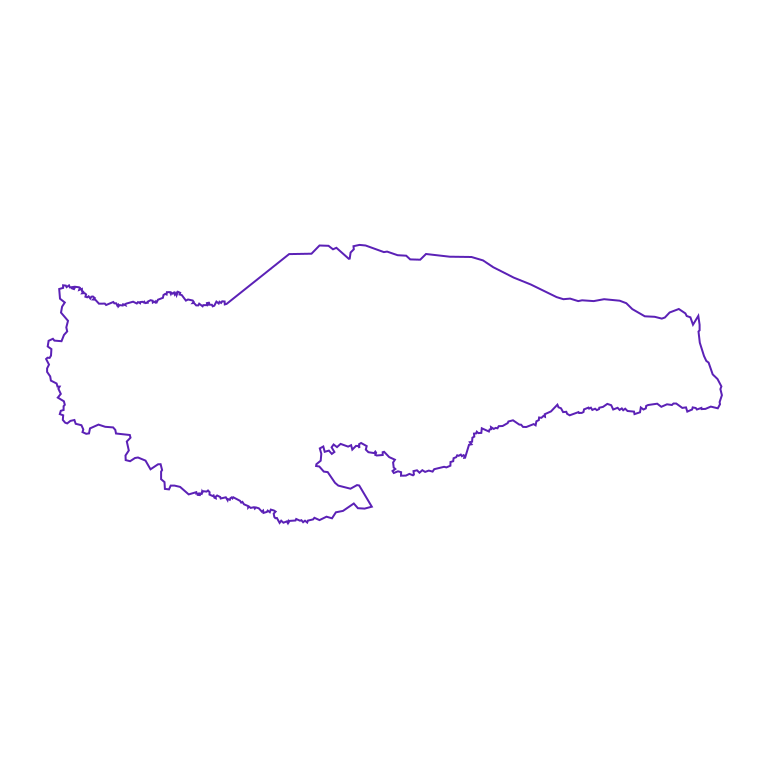 Mporokoso, Northern, Zambia (orthographic projection)
{"feature_id": "96606910B5671768599011", "entity_name": "Mporokoso", "entity_type": "district", "adm_level": 2, "iso_a3": "ZMB", "parent_name": "Zambia", "parent_adm1": "Northern", "projection": "orthographic", "projection_center": [29.924, -9.464], "detail": "fine", "context": "isolated", "style": "outline", "palette": "violet", "viewbox_px": 768, "rotation_deg": 0, "n_neighbors": 0, "source": "geoboundaries", "source_scale": "gbopen_adm2", "svg_char_len": 6047}
<svg xmlns="http://www.w3.org/2000/svg" viewBox="0 0 768 768"><path d="M59.2,289.0L60.0,298.7L64.8,302.5L62.1,306.6L61.0,312.6L68.0,320.8L66.3,327.4L67.2,331.4L64.0,334.9L61.5,341.2L54.4,340.6L52.9,338.8L48.6,340.8L47.7,346.5L51.4,349.1L51.0,355.6L49.6,357.9L47.5,357.7L46.1,359.0L49.0,364.6L47.1,368.4L47.1,371.9L50.2,376.4L50.9,380.6L56.6,383.5L57.5,386.6L59.6,386.6L58.4,388.8L60.8,393.9L57.8,397.6L63.9,401.3L64.8,404.8L63.6,406.2L63.6,410.0L60.8,410.8L59.8,414.1L63.2,415.3L62.8,419.9L65.2,422.7L67.2,423.4L70.4,420.9L74.4,420.0L75.7,423.8L81.4,425.2L83.3,429.4L82.5,432.1L86.2,433.8L89.0,433.4L90.0,428.4L98.5,424.6L105.2,426.8L113.1,427.4L115.3,429.9L116.0,433.5L129.8,435.0L130.5,437.7L126.8,441.5L128.8,450.5L125.5,455.5L125.7,460.1L130.1,461.2L135.0,458.0L138.0,457.5L145.5,460.6L150.5,469.3L158.0,464.3L160.6,464.2L162.1,470.1L161.1,471.6L161.1,479.2L164.5,482.1L164.9,488.9L169.0,489.4L170.7,485.6L174.5,485.6L180.1,486.9L188.7,494.4L196.2,492.2L196.3,493.7L198.6,493.5L198.0,494.9L199.9,495.1L200.6,493.6L201.6,493.9L202.1,491.5L202.5,492.3L203.1,491.2L206.6,491.6L208.0,490.5L209.6,492.2L209.5,494.6L212.6,496.0L213.6,495.4L214.4,497.7L215.8,498.3L215.6,496.8L217.1,495.5L220.2,497.0L220.7,498.5L225.8,497.3L227.5,500.1L227.7,499.0L229.8,499.8L230.4,498.2L231.7,497.4L232.5,498.4L233.3,497.3L240.0,500.8L241.2,502.6L242.4,501.9L244.0,504.3L248.2,506.1L248.2,507.5L249.0,506.6L250.7,507.9L254.0,507.2L254.8,508.6L255.8,507.4L258.8,508.3L261.9,511.7L263.1,510.6L263.5,512.9L266.9,511.9L267.7,510.6L269.8,512.2L270.8,509.6L273.9,510.5L275.6,511.6L273.7,513.6L274.3,516.9L275.4,518.2L276.9,518.0L279.6,522.9L281.2,520.7L283.4,522.7L286.8,521.4L287.8,523.1L288.4,521.3L288.8,522.1L289.5,520.9L295.5,520.5L296.2,519.0L300.0,520.7L301.4,520.2L303.1,522.2L305.0,520.7L307.2,522.5L307.9,520.6L313.1,519.4L314.4,517.8L319.5,520.1L326.5,516.7L332.0,518.3L335.9,512.3L343.0,510.9L353.8,503.5L357.9,508.2L364.6,508.6L371.8,506.7L359.2,485.5L357.0,485.1L350.5,488.7L338.3,485.6L335.0,482.8L327.7,472.1L323.8,471.6L319.3,466.5L316.1,466.0L316.4,464.2L320.7,460.7L321.3,453.8L319.8,448.4L323.3,446.5L324.7,451.8L328.9,450.6L331.8,453.9L334.4,452.0L331.6,447.3L333.6,444.5L337.0,447.1L340.6,443.9L348.1,446.6L351.1,445.2L352.3,449.6L356.0,445.9L358.3,446.0L359.4,447.9L359.1,444.2L361.1,443.0L366.7,446.1L365.8,449.6L368.4,452.2L374.2,453.1L375.3,451.6L376.1,452.7L375.3,454.9L376.7,455.5L382.7,455.0L382.7,452.2L384.1,451.8L389.2,457.1L394.9,459.7L393.1,462.5L393.7,467.5L395.3,469.0L392.5,471.0L393.8,473.0L398.0,471.3L401.1,472.2L401.0,475.7L405.9,475.6L409.4,473.9L413.0,475.3L413.9,474.6L413.5,471.1L417.0,470.3L419.5,472.7L422.3,470.2L425.1,471.9L428.8,470.6L432.6,471.6L434.2,469.2L444.1,466.8L446.4,467.4L450.4,465.7L450.5,462.0L453.2,461.2L453.6,458.2L456.2,457.2L457.2,455.3L458.7,455.8L460.8,454.6L461.9,456.2L463.6,455.1L464.7,455.9L464.2,457.8L465.1,457.7L469.0,444.8L471.5,444.3L469.9,442.2L472.1,441.7L472.4,437.7L474.3,436.6L474.0,433.6L476.1,433.4L476.8,431.7L478.3,433.1L481.3,432.9L481.8,428.3L488.9,431.5L489.6,429.5L491.2,429.2L491.0,427.1L493.8,428.9L495.7,427.9L497.5,428.3L498.7,426.2L502.6,426.0L507.7,423.1L508.4,421.5L513.0,420.3L519.3,424.6L521.1,424.7L523.0,426.9L526.3,427.0L533.7,424.1L535.6,425.3L536.4,421.3L538.8,420.1L539.1,417.5L541.4,417.8L543.5,415.9L545.0,416.7L544.8,414.2L551.0,411.4L557.4,404.7L558.5,407.3L561.0,408.3L563.1,412.1L566.3,411.8L567.1,413.8L569.7,415.3L578.5,412.1L579.0,413.0L581.8,412.9L583.5,412.0L584.0,409.4L588.5,407.6L589.1,408.6L590.9,407.7L592.3,409.9L595.1,408.7L596.8,410.1L599.0,409.1L599.3,407.7L603.0,406.9L607.3,403.9L611.2,405.2L613.2,409.5L617.6,407.8L619.6,409.9L621.8,408.4L623.2,410.2L625.2,408.7L627.5,411.0L634.0,411.6L634.5,414.1L640.0,412.3L640.8,407.5L643.5,409.5L645.8,408.4L646.2,405.9L648.2,405.0L657.2,403.7L661.3,406.8L667.0,404.3L671.9,405.0L673.5,403.5L676.2,403.5L682.3,407.9L686.0,407.4L687.3,411.6L692.1,409.5L692.7,407.4L695.7,408.0L696.9,409.5L701.4,407.9L701.6,409.1L705.4,408.9L710.8,406.6L717.8,408.3L720.0,404.2L719.6,402.1L721.9,395.2L720.4,389.1L721.4,386.4L717.5,379.0L712.7,374.4L708.6,362.6L706.3,360.9L704.0,356.0L699.8,342.7L698.5,331.5L699.6,330.3L699.6,324.8L698.3,315.9L693.0,324.7L690.4,317.3L686.7,316.0L685.4,313.4L678.8,309.0L669.6,312.5L664.9,317.5L661.8,318.6L654.7,316.8L644.8,316.3L632.3,309.1L626.3,303.2L619.7,300.7L604.1,299.2L593.7,301.1L582.1,300.3L578.2,301.1L570.1,298.6L563.4,299.2L556.6,297.1L530.8,284.5L513.7,277.6L493.2,267.2L483.0,260.4L471.5,257.0L449.7,256.7L426.0,254.0L420.2,259.7L410.2,259.4L406.2,255.7L397.6,255.2L387.1,251.6L383.9,252.1L365.6,245.5L359.5,244.9L353.5,246.2L353.8,249.3L350.6,252.5L349.7,258.6L348.8,258.8L336.4,247.8L333.0,249.3L328.5,245.8L319.5,245.5L311.5,253.7L289.1,254.1L226.6,303.9L224.8,304.4L224.6,301.5L222.2,301.3L221.1,302.9L219.5,301.8L218.7,303.5L216.4,301.6L214.3,305.7L212.7,306.3L211.9,304.8L209.4,304.7L209.2,303.7L208.2,304.5L208.4,302.8L206.9,303.1L207.1,305.1L203.3,305.1L202.6,306.3L199.2,303.7L198.3,305.4L196.2,305.4L194.0,303.0L192.7,303.1L193.7,301.9L192.7,300.5L188.0,299.5L185.9,300.6L181.8,295.1L179.6,294.5L180.2,292.8L177.9,291.8L176.6,295.2L175.9,293.0L174.8,294.6L174.0,292.5L172.6,293.6L171.5,292.8L170.9,294.1L170.0,292.1L166.9,292.2L166.6,294.5L165.2,293.9L163.5,295.0L162.9,297.8L158.0,299.7L156.7,302.3L155.9,301.4L155.3,302.5L154.1,301.7L152.8,302.5L152.6,300.7L150.6,300.2L147.6,301.7L147.8,302.7L145.3,303.1L144.3,301.8L143.8,302.5L142.4,301.8L140.2,302.1L140.1,303.2L138.0,302.1L136.8,303.5L133.1,301.7L126.3,303.6L125.0,304.3L125.4,305.2L123.1,304.3L122.7,305.5L119.6,305.1L118.4,306.4L118.1,304.8L117.3,305.5L116.2,303.3L114.3,303.3L113.3,302.0L106.1,305.0L104.8,303.6L99.0,303.7L95.3,299.7L93.1,299.5L94.7,298.0L92.9,296.5L91.4,296.7L90.3,298.5L88.6,296.3L87.2,297.3L85.4,296.7L86.1,294.4L84.5,293.1L82.1,293.3L83.1,291.6L82.0,291.0L81.9,288.9L79.2,289.9L79.9,287.8L79.1,287.3L75.3,286.8L74.0,289.1L72.1,288.4L72.9,287.0L69.9,287.4L69.0,285.4L66.6,287.1L65.8,285.6L63.1,285.3L63.1,287.9L59.2,289.0Z" fill="none" stroke="#5b21b6" stroke-width="2"/></svg>